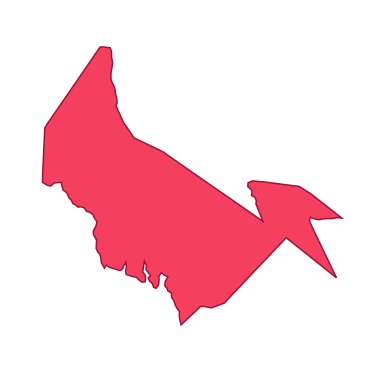 Matinha, Maranhão, Brazil (Natural Earth projection), rotated 7°
{"feature_id": "56859067B91136777616076", "entity_name": "Matinha", "entity_type": "district", "adm_level": 2, "iso_a3": "BRA", "parent_name": "Brazil", "parent_adm1": "Maranhão", "projection": "natural_earth1", "projection_center": [-45.01, -3.058], "detail": "fine", "context": "isolated", "style": "filled", "palette": "rose", "viewbox_px": 384, "rotation_deg": 7, "n_neighbors": 0, "source": "geoboundaries", "source_scale": "gbopen_adm2", "svg_char_len": 1896}
<svg xmlns="http://www.w3.org/2000/svg" viewBox="0 0 384 384"><g transform="rotate(7 192 192)"><path d="M250.8,173.6L246.5,176.0L246.7,179.8L251.3,183.1L251.6,188.4L255.0,189.4L256.9,192.9L256.9,196.0L266.0,212.5L223.9,190.3L200.4,178.0L171.3,162.6L158.2,155.6L139.3,149.2L127.9,145.4L120.7,137.1L115.6,131.4L105.9,115.5L106.8,112.7L105.9,108.1L104.1,103.7L103.2,100.1L101.8,96.6L99.4,93.2L97.8,89.9L97.4,86.9L97.1,82.7L97.4,78.2L97.5,73.4L95.7,67.9L95.0,62.6L93.3,58.8L86.5,58.8L83.1,59.3L61.2,101.5L40.0,142.0L38.1,146.5L41.7,194.0L42.4,200.5L47.7,203.0L50.9,203.3L54.4,199.7L58.4,198.9L61.2,198.4L62.2,202.0L63.9,205.8L67.9,208.1L70.7,212.8L73.2,214.8L75.2,218.0L77.7,218.8L80.8,220.9L83.4,220.2L86.9,220.9L89.7,224.1L93.0,224.6L96.4,226.4L98.1,229.5L101.3,232.9L100.8,237.5L98.8,242.6L99.4,246.2L103.1,251.3L103.5,256.2L103.7,259.6L106.0,263.3L108.2,265.0L109.6,268.8L110.7,273.4L112.7,276.0L114.4,278.3L115.7,275.1L119.7,277.0L123.3,277.5L127.7,278.3L130.5,278.6L132.6,276.8L133.1,273.7L135.0,269.8L136.0,275.0L135.6,278.6L136.8,281.9L140.4,282.5L143.6,283.2L147.1,283.4L150.0,285.7L153.4,287.6L156.5,286.7L156.4,282.2L155.1,279.5L152.9,277.4L153.0,273.9L153.0,270.6L153.2,266.5L155.6,270.5L155.8,274.8L158.6,277.5L161.0,280.2L159.0,282.5L161.0,286.0L163.7,287.6L165.5,291.2L168.1,292.0L170.1,288.6L170.1,283.4L169.4,280.1L171.2,275.8L174.6,277.8L178.5,279.3L176.4,283.7L176.4,288.4L178.8,290.5L180.2,293.2L183.9,294.8L184.5,298.9L186.5,301.2L188.0,303.6L189.2,306.4L191.4,309.4L194.1,312.3L194.5,317.0L195.7,320.9L197.3,325.2L211.9,307.7L214.4,304.5L218.4,304.1L225.4,304.6L237.5,298.4L245.8,287.1L258.6,269.8L291.1,225.9L345.9,259.6L318.9,217.4L313.9,209.5L312.0,206.0L312.8,202.8L317.5,203.8L320.7,204.1L325.6,202.7L329.1,202.0L334.8,201.2L339.7,199.6L343.9,199.6L310.3,179.4L297.7,173.4L293.3,173.4L262.6,173.2L250.8,173.6Z" fill="#f43f5e" stroke="#9f1239" stroke-width="1.5"/></g></svg>